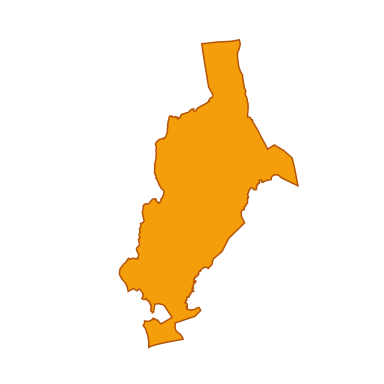 outline of Rangárþing ytra, Suðurland, Iceland, rotated 309°
{"feature_id": "244011B57462919825437", "entity_name": "Rangárþing ytra", "entity_type": "district", "adm_level": 2, "iso_a3": "ISL", "parent_name": "Iceland", "parent_adm1": "Suðurland", "projection": "mercator", "projection_center": [-19.711, 63.992], "detail": "fine", "context": "isolated", "style": "filled", "palette": "amber", "viewbox_px": 384, "rotation_deg": 309, "n_neighbors": 0, "source": "geoboundaries", "source_scale": "gbopen_adm2", "svg_char_len": 5988}
<svg xmlns="http://www.w3.org/2000/svg" viewBox="0 0 384 384"><g transform="rotate(309 192 192)"><path d="M340.0,132.8L337.6,131.0L333.3,127.1L324.3,117.1L313.3,106.3L303.4,117.1L284.0,138.9L280.6,147.3L278.5,148.2L277.7,148.0L276.7,147.3L275.3,147.2L273.9,147.4L273.7,147.9L273.8,148.2L273.4,148.5L272.5,147.8L269.9,147.3L261.8,143.9L259.3,143.3L258.0,143.9L256.5,143.2L256.0,142.7L256.5,141.7L257.7,141.0L257.4,140.6L256.5,140.3L255.9,139.5L252.2,139.1L251.1,138.7L245.6,134.9L245.0,134.9L243.2,135.9L242.9,135.9L242.7,135.5L241.0,135.5L239.7,134.8L240.2,134.0L240.8,134.0L241.1,133.8L241.1,133.5L240.1,132.2L240.1,131.5L240.0,131.4L238.6,130.8L238.3,130.0L237.7,129.7L238.3,129.1L238.4,128.6L237.5,127.3L236.6,126.9L236.2,126.9L234.8,127.9L231.9,129.0L227.7,131.7L227.1,132.5L225.6,133.1L224.3,134.2L222.5,135.3L218.9,136.6L215.7,136.7L215.8,135.9L215.7,135.6L214.8,135.4L212.7,133.8L211.3,133.2L208.4,133.0L206.2,133.3L204.6,135.8L203.0,137.1L202.0,137.6L198.9,140.5L197.5,141.2L195.1,143.2L190.5,145.3L184.5,150.0L183.3,150.7L181.7,154.2L180.0,155.2L180.0,155.6L179.3,157.9L178.4,159.2L176.2,163.7L175.5,166.0L175.3,167.3L175.3,168.7L175.0,169.6L174.6,170.1L173.2,170.8L172.0,171.9L170.6,171.9L168.4,172.6L167.2,172.2L165.9,173.3L163.0,173.6L162.2,172.8L162.8,172.3L162.6,171.5L162.5,171.1L162.7,170.7L162.6,169.6L162.9,169.0L163.8,168.6L163.9,168.2L163.5,167.4L162.9,167.1L162.6,166.5L161.5,165.9L159.7,165.6L156.7,166.0L154.3,164.8L154.1,164.5L154.0,163.9L153.1,163.0L151.3,162.7L149.9,163.2L148.7,164.4L147.7,165.0L145.1,166.0L143.0,168.3L142.3,169.4L141.6,170.0L139.7,172.7L139.1,173.2L137.8,173.3L135.2,171.9L134.8,172.0L134.2,173.1L133.9,173.4L132.0,174.2L131.0,174.1L129.6,175.1L127.8,177.1L126.7,177.1L125.2,178.0L124.3,178.9L124.0,180.2L123.8,180.5L122.0,180.0L121.2,180.3L119.3,183.0L118.1,184.2L117.3,184.6L113.7,184.3L112.9,184.6L112.2,185.2L111.4,186.5L109.9,189.9L106.5,191.6L106.2,191.9L106.0,191.2L104.7,190.3L104.2,189.1L102.8,187.2L102.1,186.7L100.8,186.3L100.3,185.8L100.3,185.6L100.7,184.8L100.7,184.4L98.1,184.4L95.8,184.9L94.4,184.7L93.6,184.3L87.2,184.4L84.7,185.6L82.4,187.5L81.5,189.1L80.3,192.2L79.5,197.0L78.8,198.8L77.2,201.7L74.6,204.9L80.2,207.4L80.5,211.2L83.6,212.2L82.4,217.6L82.0,217.8L82.0,218.4L81.8,218.7L81.4,218.5L79.1,220.0L77.7,219.9L78.1,222.5L79.2,223.3L80.4,223.4L80.6,223.6L79.9,224.9L79.8,225.7L79.6,225.9L79.9,226.3L79.6,227.6L79.9,228.2L79.3,228.5L79.1,229.2L79.2,229.5L78.9,229.9L78.2,230.3L78.2,230.8L78.3,231.1L78.2,231.3L78.4,231.5L73.6,234.7L73.8,237.1L73.4,237.3L74.4,237.6L81.3,233.8L84.3,236.3L86.5,241.3L82.1,255.1L81.8,255.4L69.8,250.8L70.2,249.7L70.0,249.1L70.9,245.9L70.0,244.9L70.1,244.7L70.1,244.2L70.2,243.6L69.5,243.3L69.5,242.8L69.7,242.7L69.4,242.3L69.6,242.1L69.5,241.9L69.6,241.7L69.4,241.6L69.4,241.3L68.9,241.0L68.1,241.5L64.1,239.7L61.9,236.3L60.5,237.2L59.7,238.0L58.6,237.9L58.2,238.0L57.8,237.8L57.4,238.5L56.8,241.0L56.1,242.7L53.8,246.0L52.6,248.2L52.1,248.8L50.7,250.0L49.0,252.1L44.0,256.2L46.3,257.1L52.0,261.1L59.7,267.2L72.0,277.7L72.9,276.3L73.8,273.5L74.1,272.0L73.9,269.1L74.0,267.7L74.4,266.3L75.5,264.8L76.3,263.9L79.6,261.3L97.2,272.5L105.5,273.3L106.7,270.0L105.6,269.5L104.7,268.5L102.9,268.4L100.1,265.8L99.5,265.7L97.8,261.8L98.2,261.4L98.0,261.0L98.0,260.6L98.6,260.3L99.1,260.8L99.6,260.8L99.9,260.6L99.7,259.9L99.9,259.7L101.1,259.5L101.6,259.2L102.3,257.0L101.6,256.8L101.5,256.7L101.6,256.4L102.5,256.1L103.5,255.4L104.1,255.5L104.7,256.1L106.5,254.4L106.9,254.3L107.7,254.5L108.0,255.5L108.4,255.8L109.7,255.3L110.4,254.6L111.3,255.3L112.5,255.0L113.3,254.1L114.8,254.8L115.3,255.6L115.9,255.9L116.2,255.3L115.8,254.6L116.2,253.3L116.7,253.2L117.3,253.8L117.9,253.8L118.4,253.4L118.4,253.0L118.1,252.5L118.2,252.2L119.4,252.4L120.3,251.5L121.1,251.6L121.6,251.3L122.7,251.6L122.9,250.2L123.5,249.6L124.1,249.6L124.3,249.9L123.9,250.5L124.0,250.7L124.5,251.5L124.9,251.6L125.1,251.3L124.8,249.4L125.1,249.0L125.1,248.4L125.3,248.3L127.1,248.5L128.0,247.7L128.4,248.0L129.0,248.8L129.3,248.9L131.1,248.5L131.9,249.2L132.3,249.1L132.3,248.7L132.6,248.0L134.4,247.7L135.6,247.7L135.7,248.4L137.0,248.1L139.1,248.1L139.4,248.4L140.4,248.6L141.6,249.2L142.6,250.5L142.8,252.0L142.7,252.7L143.2,253.1L144.0,252.5L147.0,253.2L149.2,252.8L149.9,252.3L150.5,251.5L151.5,251.5L153.5,250.7L164.4,252.8L179.2,249.7L201.1,252.3L204.3,245.6L204.6,245.2L206.1,244.2L207.4,242.7L208.0,242.5L209.6,242.6L210.5,243.3L211.2,243.4L211.4,243.7L211.7,243.5L211.9,242.9L213.2,242.2L214.8,242.6L215.8,241.9L216.2,242.1L218.5,242.0L221.8,239.2L222.4,239.5L222.7,239.4L222.6,238.8L222.8,238.7L223.4,239.1L223.8,239.0L224.0,238.7L223.8,238.6L223.8,238.3L224.6,237.4L224.8,236.7L225.9,236.2L226.2,236.5L226.8,236.5L229.2,235.1L230.2,235.5L231.3,235.0L232.1,235.0L233.0,235.5L233.1,235.9L232.8,236.9L233.3,237.7L233.2,238.1L232.9,238.3L233.0,238.5L233.0,239.3L234.0,240.1L235.2,240.4L235.6,239.5L236.7,238.5L237.6,238.8L237.7,238.5L238.8,238.0L239.4,238.4L240.5,238.0L240.7,238.7L241.1,238.8L241.5,238.4L242.5,238.2L242.7,237.9L242.7,237.3L243.5,236.9L244.8,238.3L244.7,238.7L244.7,239.2L244.6,239.5L243.9,239.7L243.6,240.1L244.0,240.9L244.3,241.1L245.0,241.1L245.7,241.7L248.0,242.6L248.7,243.6L250.0,244.4L251.4,245.7L251.7,245.7L252.8,244.8L254.4,244.3L255.6,244.6L258.0,246.1L259.5,248.1L259.3,252.7L263.5,270.4L274.4,257.6L281.5,248.4L281.9,236.8L280.4,226.3L272.9,223.8L273.9,221.7L279.1,209.2L280.6,206.1L284.3,196.6L284.3,196.2L284.3,195.9L284.4,195.4L284.9,195.0L285.2,194.2L285.9,194.0L286.1,193.7L286.1,193.4L285.7,193.0L285.7,192.4L285.6,192.2L286.1,191.7L286.2,190.7L286.5,190.3L286.5,189.9L286.0,189.1L285.0,188.3L286.3,187.1L292.7,182.7L296.1,179.8L297.5,177.7L298.9,176.4L299.8,175.0L301.5,171.7L303.1,171.0L304.3,170.2L304.7,169.7L305.3,168.1L305.9,167.1L306.8,166.4L307.4,165.4L312.4,159.8L314.8,157.6L315.2,156.9L315.5,155.2L316.0,154.1L319.0,149.2L325.2,142.7L328.0,140.4L329.6,139.4L332.6,138.7L336.8,136.8L338.8,134.7L340.0,132.8Z" fill="#f59e0b" stroke="#b45309" stroke-width="1.5"/></g></svg>